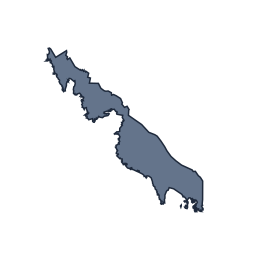 Surigao del Sur, Surigao del Sur, Philippines (Equal Earth projection), rotated 149°
{"feature_id": "2640588B11290582279728", "entity_name": "Surigao del Sur", "entity_type": "district", "adm_level": 2, "iso_a3": "PHL", "parent_name": "Philippines", "parent_adm1": "Surigao del Sur", "projection": "equal_earth", "projection_center": [126.233, 8.71], "detail": "fine", "context": "isolated", "style": "filled", "palette": "slate", "viewbox_px": 256, "rotation_deg": 149, "n_neighbors": 0, "source": "geoboundaries", "source_scale": "gbopen_adm2", "svg_char_len": 5951}
<svg xmlns="http://www.w3.org/2000/svg" viewBox="0 0 256 256"><g transform="rotate(149 128 128)"><path d="M92.6,56.2L94.5,57.1L94.6,59.0L101.2,68.6L103.8,75.0L105.8,81.4L106.4,88.3L106.2,93.1L106.5,99.8L107.2,106.0L108.5,108.5L112.4,113.6L114.5,123.9L121.1,138.6L118.3,142.8L117.6,143.2L117.6,147.1L120.4,147.5L121.0,151.6L119.8,152.5L119.2,157.1L121.5,161.7L123.2,164.2L125.1,164.6L124.1,166.8L125.9,169.9L128.0,170.9L129.2,172.1L130.8,176.0L130.4,181.5L138.0,186.3L134.5,190.2L136.4,192.3L133.5,195.2L134.7,198.0L135.4,197.9L135.3,198.8L136.6,199.4L136.2,200.0L136.8,199.8L136.5,200.8L136.7,200.5L137.0,201.2L137.3,200.8L137.9,201.2L138.5,202.2L138.7,201.8L139.3,202.6L141.9,207.9L141.8,218.0L144.6,217.9L144.6,219.0L143.2,220.2L143.9,222.3L141.5,224.5L140.9,226.0L153.6,225.8L153.6,235.4L154.1,236.9L155.4,237.3L155.9,234.2L157.2,232.5L158.8,232.0L159.3,232.5L161.0,229.0L161.4,229.1L162.1,228.0L162.9,228.3L163.0,227.7L163.7,227.7L162.7,227.1L162.4,227.8L161.7,227.0L160.2,228.4L160.7,226.9L160.2,226.9L160.2,226.7L160.4,226.5L160.4,226.4L159.5,226.7L159.8,226.0L159.3,225.6L159.3,224.8L159.7,224.7L160.0,224.0L160.7,224.5L160.9,223.9L160.2,223.2L160.0,221.6L160.8,219.2L159.9,218.9L160.4,218.1L160.9,218.6L160.7,217.5L161.5,216.3L162.1,213.9L162.5,214.0L162.9,212.9L163.8,213.3L163.7,212.7L164.0,212.6L163.4,212.1L162.2,212.3L161.3,210.7L161.5,210.0L162.1,210.3L162.7,208.7L162.3,206.6L162.5,205.7L162.0,204.6L162.4,203.6L163.2,203.2L163.4,200.9L162.7,198.4L163.3,197.4L162.9,196.8L163.1,196.1L163.9,195.5L163.4,194.6L164.1,193.9L164.7,194.2L164.4,192.3L163.7,192.6L162.6,192.1L161.9,193.5L158.9,196.1L157.9,197.8L156.5,198.8L156.2,198.0L156.3,199.0L155.4,199.1L155.3,198.7L155.0,199.7L154.8,199.0L154.1,199.1L153.8,200.2L152.9,200.8L151.8,199.9L150.1,195.2L149.6,196.1L149.2,196.0L150.4,193.2L152.3,191.4L153.3,191.2L155.2,188.9L155.3,188.0L156.9,185.7L156.4,184.3L155.9,184.5L156.1,183.5L154.9,183.4L154.8,182.8L153.7,183.3L151.5,182.7L151.1,180.3L152.2,179.9L151.5,179.7L151.3,178.9L151.7,178.7L151.0,178.5L151.2,178.1L150.2,177.4L150.4,176.7L152.2,175.7L152.2,175.0L153.0,175.9L153.0,174.7L154.0,175.2L154.2,172.6L155.6,171.9L155.6,170.2L156.6,169.5L155.9,168.5L156.0,166.5L154.9,167.4L153.2,166.9L154.2,165.0L153.9,164.2L154.5,163.1L154.2,162.8L154.8,162.2L154.0,161.1L154.3,160.9L154.8,161.6L155.5,161.0L154.8,160.8L155.6,160.7L155.9,160.9L155.6,161.5L156.1,161.7L158.3,161.4L157.5,160.9L158.1,160.0L157.0,159.3L157.6,158.0L158.4,158.0L157.4,156.6L157.4,155.3L153.6,154.3L154.9,151.8L154.6,150.8L154.0,150.3L152.5,151.1L152.2,151.8L152.9,152.1L152.2,152.9L151.8,152.9L151.7,152.1L150.8,151.8L150.1,152.6L150.0,151.7L149.7,151.7L147.1,153.0L146.5,151.7L144.5,150.0L142.3,150.3L138.8,149.0L136.8,149.8L136.9,150.6L138.9,151.4L139.4,151.2L139.6,152.1L139.7,151.7L140.7,152.4L141.0,153.3L140.2,153.4L140.1,153.9L137.4,153.3L134.4,151.3L133.9,151.4L134.5,152.3L134.0,152.1L134.4,152.7L133.9,152.5L133.4,153.2L132.2,152.9L131.8,152.4L132.2,152.7L132.4,152.5L131.9,151.9L130.1,151.1L130.0,148.6L129.1,147.8L129.3,147.0L130.1,146.7L130.4,145.5L126.0,141.6L127.5,139.9L127.5,136.8L128.3,136.9L128.2,136.2L128.6,136.0L129.7,136.1L130.2,135.2L130.7,135.7L130.9,134.5L131.9,134.2L131.5,133.3L135.2,132.0L136.9,129.4L138.6,129.8L139.4,130.5L142.7,130.0L142.5,129.4L141.4,129.5L140.5,128.2L139.9,128.4L139.3,127.9L139.4,124.7L140.8,123.4L141.4,124.0L141.9,123.8L142.3,122.7L141.8,122.2L142.1,120.7L142.9,120.5L143.6,119.2L143.9,120.1L144.9,119.1L147.2,119.3L147.9,117.9L148.6,118.0L148.5,114.7L148.8,114.9L149.1,113.7L150.4,113.1L151.2,112.1L150.5,111.1L149.8,110.9L149.9,110.3L151.9,109.9L150.8,105.9L150.1,106.0L149.9,104.9L149.0,104.4L149.6,103.3L150.1,103.2L149.9,102.9L150.1,102.3L151.0,102.2L150.7,100.0L150.9,99.0L150.6,98.8L149.6,99.5L149.5,98.2L148.7,97.9L148.7,98.9L148.2,98.9L147.4,98.0L147.7,97.1L149.1,97.2L149.4,96.7L149.0,94.0L147.3,92.1L147.2,91.2L146.8,91.2L146.5,92.4L145.3,92.1L145.8,90.3L145.2,90.0L142.4,85.8L142.0,85.9L142.5,86.5L141.7,86.8L140.5,85.4L140.8,84.9L141.7,86.0L142.0,85.4L139.2,80.9L138.7,79.1L139.1,78.2L138.2,77.9L138.1,75.9L137.5,76.3L137.8,75.5L137.3,76.1L137.5,77.2L136.1,77.0L134.9,76.0L133.8,73.4L134.7,69.3L135.4,67.9L135.6,66.1L136.0,65.8L135.8,64.5L135.3,64.0L136.1,61.5L135.5,60.0L136.0,59.4L135.8,58.2L136.6,57.6L136.0,55.3L136.1,54.1L137.4,52.1L137.2,51.5L137.8,50.6L137.3,50.1L137.1,48.1L137.8,47.9L138.1,46.9L138.8,46.6L138.8,45.7L138.3,45.3L137.5,45.6L137.0,44.7L136.2,45.1L136.0,45.9L135.8,45.2L135.2,45.6L135.0,45.2L133.6,48.0L132.5,48.8L130.9,51.5L127.7,53.9L126.5,54.3L125.6,54.0L123.4,55.7L120.2,52.4L116.0,43.4L116.1,41.3L115.7,41.0L116.2,40.7L115.0,39.5L114.7,37.5L115.0,36.2L116.4,35.6L115.9,34.0L116.4,32.2L115.7,32.2L114.7,33.5L114.6,35.7L111.6,36.7L110.6,35.9L110.5,34.8L111.2,34.6L110.4,34.6L110.5,34.2L110.7,34.4L110.8,34.2L110.6,33.3L110.0,34.4L109.2,34.4L109.0,32.9L107.3,31.3L107.3,31.0L107.3,30.8L107.2,31.3L106.7,30.8L106.8,28.7L108.1,27.9L108.7,28.2L109.1,27.3L109.7,27.6L109.7,26.6L110.1,26.4L109.9,27.0L110.4,27.5L111.5,26.5L112.0,27.5L112.9,27.0L113.4,25.9L113.1,25.4L112.4,25.3L113.6,22.8L113.7,21.7L112.3,21.0L112.6,23.1L112.1,23.6L111.3,22.4L111.2,24.4L112.1,26.1L111.7,26.4L110.5,25.0L110.1,22.5L109.1,22.3L109.7,21.0L109.1,19.4L108.1,18.7L108.5,19.9L108.1,20.2L107.2,19.3L106.4,19.4L106.1,20.0L105.7,19.4L105.2,20.2L105.2,23.2L103.8,23.4L103.8,24.3L101.0,28.1L91.3,44.1L91.4,48.5L92.3,50.9L92.6,56.2ZM118.9,28.5L117.8,29.3L116.8,31.2L117.9,30.7L118.5,31.3L117.9,31.7L119.0,32.4L118.6,31.8L119.0,31.7L118.6,31.6L118.8,30.8L120.2,31.1L120.1,29.7L118.9,28.5ZM111.1,30.4L109.0,30.8L109.5,31.0L109.5,32.0L110.4,31.0L111.0,31.5L110.8,32.2L110.2,32.1L110.1,32.3L110.2,32.5L111.4,32.0L111.6,31.7L111.1,30.4ZM123.4,33.0L122.4,33.9L122.1,34.5L123.2,34.1L123.4,33.0ZM108.9,30.1L108.5,30.3L108.2,31.1L108.9,30.7L108.9,30.1ZM117.4,35.4L117.0,35.8L117.1,36.4L117.6,36.4L117.4,35.4ZM137.6,56.2L137.2,55.6L137.1,55.8L137.6,56.2Z" fill="#64748b" stroke="#1e293b" stroke-width="1.5"/></g></svg>